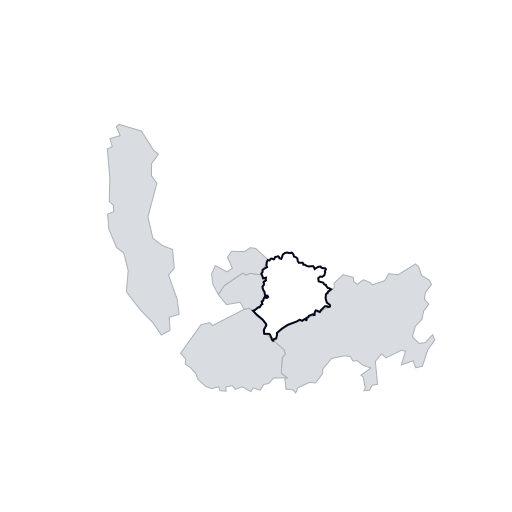 Belarus and the surrounding countries, rotated 324°
{"feature_id": "BLR", "entity_name": "Belarus", "entity_type": "country or territory", "adm_level": 0, "iso_a3": "BLR", "parent_name": "Europe", "parent_adm1": "", "projection": "orthographic", "projection_center": [28.129, 53.705], "detail": "medium", "context": "with_neighbors", "style": "outline", "palette": "ink", "viewbox_px": 512, "rotation_deg": 324, "n_neighbors": 5, "source": "natural_earth", "source_scale": "50m", "svg_char_len": 4477}
<svg xmlns="http://www.w3.org/2000/svg" viewBox="0 0 512 512"><g transform="rotate(324 256 256)"><path d="M130.1,208.8L144.2,192.5L150.8,175.7L148.2,167.2L152.8,147.6L160.6,134.9L166.9,136.5L170.5,131.2L169.3,125.7L183.6,107.0L198.6,82.1L204.0,83.0L206.9,75.1L216.9,78.8L219.0,69.3L222.5,69.0L236.8,87.6L235.2,110.4L236.9,116.3L225.9,119.8L218.6,129.6L218.6,138.8L191.6,160.8L183.0,181.0L186.4,192.4L192.3,201.7L182.8,217.7L174.1,219.9L166.8,244.6L159.6,257.9L149.8,254.6L142.7,265.6L132.9,264.2L133.4,249.5L130.7,231.2L130.1,208.8Z" fill="#d9dde1" stroke="#a8b0b8" stroke-width="1"/><path d="M336.5,422.5L342.0,425.6L352.7,423.5L351.2,429.1L339.8,432.9L325.8,443.0L319.6,440.4L321.5,433.1L309.5,429.5L321.1,420.8L317.8,417.6L301.2,414.8L300.2,409.1L290.6,411.4L278.9,431.3L274.0,428.8L269.0,431.3L264.2,428.5L266.9,426.9L271.6,416.8L270.8,414.1L283.1,414.1L278.0,406.6L276.4,400.2L272.6,397.8L273.3,392.7L268.6,388.6L257.0,383.3L243.5,386.8L240.8,390.3L229.6,393.7L225.0,389.7L212.3,387.2L207.7,390.1L207.3,386.0L202.0,381.4L207.5,371.8L209.6,372.8L207.5,365.8L217.3,353.8L222.2,352.3L223.5,348.1L219.5,334.5L224.0,334.2L229.4,330.4L246.2,331.9L267.8,338.2L271.3,335.5L273.8,339.1L286.3,339.5L286.6,331.8L289.4,328.4L300.9,327.5L303.1,323.9L315.5,322.3L322.2,330.4L320.1,333.7L321.2,338.4L328.9,338.4L332.9,344.7L333.0,347.7L345.8,351.6L352.9,348.3L359.8,354.6L380.4,356.2L381.2,360.6L378.5,369.1L381.9,377.0L381.1,382.3L371.6,385.0L366.9,389.9L367.5,396.6L359.4,399.0L353.1,404.7L343.5,406.6L335.0,413.2L336.5,422.5Z" fill="#d9dde1" stroke="#a8b0b8" stroke-width="1"/><path d="M221.4,299.0L221.3,305.7L223.5,311.7L223.1,317.7L217.3,320.5L223.5,348.1L222.2,352.3L217.3,353.8L207.5,365.8L209.6,372.8L198.5,365.1L191.3,366.6L186.8,364.5L180.6,367.1L176.2,361.1L172.0,362.7L168.0,353.7L160.9,351.7L160.7,346.9L154.4,344.2L152.4,347.8L147.7,343.8L148.9,339.8L142.1,337.3L138.5,331.6L136.5,321.3L138.1,316.3L137.4,307.8L135.2,301.8L138.5,298.3L137.9,290.3L171.3,279.2L179.6,283.0L179.7,286.7L215.1,292.2L219.6,294.1L221.4,299.0Z" fill="#d9dde1" stroke="#a8b0b8" stroke-width="1"/><path d="M249.0,274.2L249.7,281.0L242.4,285.7L240.0,294.3L230.0,299.6L221.4,299.0L219.6,294.1L215.1,292.2L216.0,284.1L203.5,277.9L202.9,265.0L213.0,261.2L235.5,262.1L236.5,265.4L241.0,266.5L249.0,274.2Z" fill="#d9dde1" stroke="#a8b0b8" stroke-width="1"/><path d="M256.2,245.9L260.1,249.5L263.5,265.9L249.0,274.2L241.0,266.5L236.5,265.4L235.5,262.1L213.0,261.2L202.9,265.0L204.4,253.6L209.4,244.5L217.5,239.9L223.2,251.8L229.8,251.9L232.1,240.3L239.1,237.9L249.4,245.8L256.2,245.9Z" fill="#d9dde1" stroke="#a8b0b8" stroke-width="1"/><path d="M297.2,327.1L293.3,327.2L292.1,328.1L290.8,327.8L289.9,328.3L287.8,330.7L287.1,331.9L285.9,335.3L287.0,338.9L286.2,340.3L285.3,340.2L284.1,339.5L283.9,338.4L282.4,337.2L276.7,338.0L274.7,338.8L273.0,335.8L272.3,335.1L269.9,336.5L268.8,338.1L268.0,337.8L267.6,336.5L263.6,335.5L262.0,336.2L260.5,335.7L259.4,337.4L259.0,337.5L258.8,337.3L258.9,336.0L258.1,335.6L255.2,335.6L253.8,333.2L250.3,332.9L241.1,330.3L234.3,330.0L227.6,330.6L226.8,332.0L223.8,334.6L221.3,333.7L220.3,334.1L220.2,335.5L219.7,333.9L219.8,332.5L220.6,331.1L220.5,330.0L221.0,328.6L221.1,327.6L220.7,326.6L217.1,324.0L216.9,323.5L219.3,320.2L223.5,318.2L224.0,317.6L224.2,316.6L224.0,311.4L222.1,303.8L221.4,298.5L223.6,299.1L227.8,298.8L228.8,299.7L231.6,298.5L232.9,298.7L233.6,296.5L234.0,296.1L235.5,296.4L236.8,295.2L239.3,294.1L239.9,295.3L239.6,295.9L239.7,296.1L240.3,296.4L241.8,296.2L241.9,294.7L240.1,293.5L240.9,291.6L241.8,290.0L241.9,287.7L242.5,285.9L243.2,284.6L245.3,284.0L246.0,283.4L246.7,281.6L247.1,281.4L249.8,281.6L250.2,280.5L251.3,279.4L248.6,278.3L249.6,275.2L249.9,273.4L251.9,272.8L253.0,271.2L253.9,271.0L258.4,271.5L258.9,269.8L261.1,267.3L263.0,266.2L264.4,267.6L265.5,267.1L266.8,267.0L267.4,267.5L268.3,269.1L268.8,269.3L270.8,268.1L273.8,269.3L274.0,270.2L273.6,271.7L274.8,273.2L278.6,270.6L281.1,270.6L283.1,271.4L284.6,273.2L286.1,274.1L286.6,274.0L287.1,274.6L287.1,277.2L286.4,278.6L287.8,281.1L288.0,282.4L286.8,284.6L286.6,286.6L289.8,288.9L289.2,290.9L290.2,291.5L291.3,293.9L292.3,295.3L296.2,297.7L296.3,299.1L295.8,301.0L299.8,301.3L302.1,302.5L302.0,303.7L302.4,304.7L304.7,306.5L304.8,307.8L302.7,308.9L302.4,309.8L299.9,311.8L297.2,311.7L296.2,310.6L295.5,310.4L293.2,310.6L291.8,313.4L294.8,317.2L294.5,318.1L294.6,319.1L295.5,320.4L295.2,320.6L295.3,324.0L296.4,325.3L297.2,327.1Z" fill="none" stroke="#020617" stroke-width="2"/></g></svg>